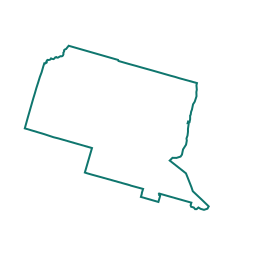 Rio Arriba, New Mexico, United States of America, rotated 16°
{"feature_id": "52423323B40891778777476", "entity_name": "Rio Arriba", "entity_type": "district", "adm_level": 2, "iso_a3": "USA", "parent_name": "United States of America", "parent_adm1": "New Mexico", "projection": "natural_earth1", "projection_center": [-106.665, 36.465], "detail": "fine", "context": "isolated", "style": "outline", "palette": "teal", "viewbox_px": 256, "rotation_deg": 16, "n_neighbors": 0, "source": "geoboundaries", "source_scale": "gbopen_adm2", "svg_char_len": 1639}
<svg xmlns="http://www.w3.org/2000/svg" viewBox="0 0 256 256"><g transform="rotate(16 128 128)"><path d="M48.3,65.3L48.2,65.6L47.4,67.4L46.8,69.0L45.8,69.8L45.1,70.9L45.5,72.0L45.1,73.5L45.6,74.8L45.5,76.2L45.0,77.0L44.4,77.4L43.3,77.6L42.3,78.6L41.2,79.7L40.1,79.9L39.5,79.6L38.6,80.2L38.0,81.6L37.4,82.3L35.7,82.5L34.9,82.3L34.7,83.0L34.3,83.7L32.9,84.6L31.9,84.7L31.4,85.5L31.3,86.5L31.8,86.9L31.7,87.5L31.2,87.5L30.7,88.1L30.9,88.5L30.5,88.9L30.2,88.8L29.7,88.9L29.7,89.4L29.6,92.3L29.6,98.3L29.2,103.4L29.1,109.0L28.9,114.8L28.9,120.1L28.8,126.3L28.8,133.2L28.8,133.3L28.8,146.5L28.9,156.8L49.1,157.0L59.1,157.4L63.9,157.2L82.9,157.2L98.9,157.2L98.8,182.7L100.9,182.8L106.1,182.8L115.0,182.7L145.7,182.5L146.5,182.6L159.3,182.4L159.2,186.6L159.4,187.4L159.4,190.7L177.6,190.7L177.6,184.3L177.4,183.9L176.5,183.9L176.3,183.2L176.6,183.0L175.9,182.7L176.0,182.4L177.9,182.4L183.9,182.4L186.1,182.4L209.5,182.3L209.5,185.1L210.4,186.3L213.1,186.3L214.9,187.5L216.3,187.1L217.6,185.0L220.1,185.7L223.6,185.7L226.6,183.7L227.2,181.1L219.3,176.9L207.7,170.9L205.3,167.4L198.0,157.9L196.2,155.6L177.1,147.8L179.0,144.4L182.8,143.4L186.4,141.0L187.2,138.7L186.8,133.4L188.4,128.0L188.0,123.9L187.1,121.9L187.3,118.9L186.7,115.1L185.9,112.4L185.1,106.6L184.0,106.9L184.0,105.2L185.5,105.2L185.3,102.4L184.3,98.9L184.6,98.0L184.2,95.0L184.4,92.6L184.0,87.3L184.9,84.3L185.1,78.6L183.8,74.6L183.6,72.3L182.0,68.0L181.9,65.8L163.4,66.0L159.1,65.9L154.8,66.0L150.1,66.0L137.5,66.0L135.2,66.0L124.2,66.1L123.1,66.1L120.0,66.1L118.7,66.1L111.6,66.2L100.4,66.2L99.7,65.3L89.4,65.3L48.3,65.3Z" fill="none" stroke="#0f766e" stroke-width="2"/></g></svg>